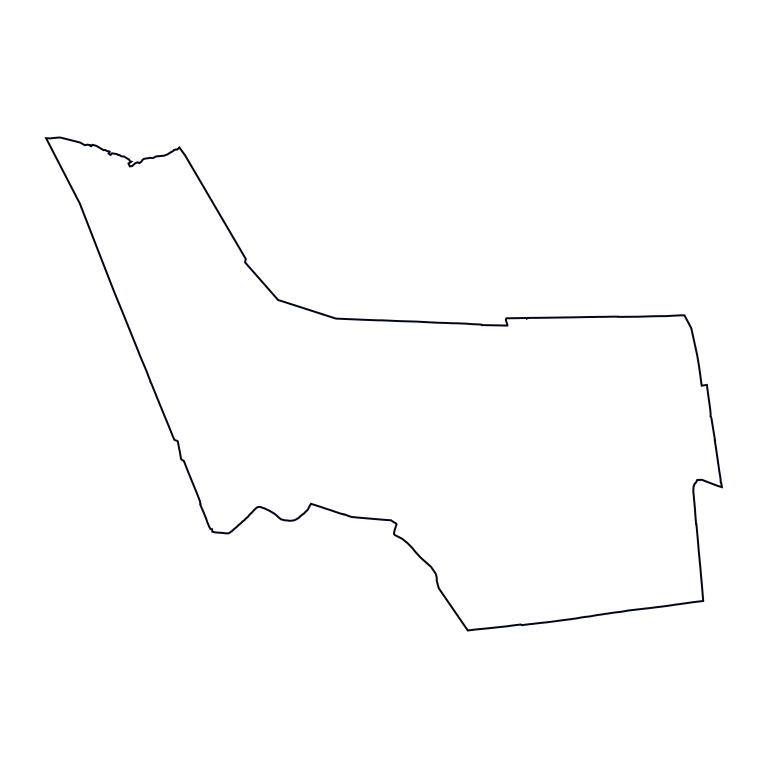 the district of General Escobedo, Nuevo León, Mexico
{"feature_id": "50627088B66612290562177", "entity_name": "General Escobedo", "entity_type": "district", "adm_level": 2, "iso_a3": "MEX", "parent_name": "Mexico", "parent_adm1": "Nuevo León", "projection": "mercator", "projection_center": [-100.353, 25.83], "detail": "fine", "context": "isolated", "style": "outline", "palette": "ink", "viewbox_px": 768, "rotation_deg": 0, "n_neighbors": 0, "source": "geoboundaries", "source_scale": "gbopen_adm2", "svg_char_len": 6003}
<svg xmlns="http://www.w3.org/2000/svg" viewBox="0 0 768 768"><path d="M46.1,138.2L79.8,203.5L114.5,292.7L122.3,311.6L139.5,354.3L139.7,355.0L142.0,360.5L144.2,365.6L146.7,371.6L150.5,381.6L150.4,381.8L150.5,382.2L150.7,382.6L150.9,382.7L151.5,383.9L160.5,406.1L161.0,407.2L165.7,418.8L168.8,426.2L173.0,436.7L174.3,439.7L174.5,439.8L174.7,440.0L177.1,440.9L177.5,441.1L177.7,441.4L177.9,441.8L179.2,448.9L179.8,451.5L180.8,457.6L181.1,458.9L181.4,459.4L182.0,459.9L183.6,460.8L183.9,461.1L184.1,461.5L186.8,468.5L189.9,476.2L197.3,494.3L200.0,501.4L200.0,502.0L200.6,504.0L200.2,504.3L200.6,505.4L201.6,507.7L203.6,512.4L205.5,517.1L206.9,520.8L207.3,522.2L209.5,527.4L209.9,527.9L210.6,529.1L212.1,529.2L212.4,531.8L214.3,532.1L215.1,532.4L215.4,532.4L216.4,532.5L216.9,532.5L219.3,532.7L221.3,532.8L224.7,533.2L225.2,533.3L226.6,533.3L227.1,533.4L228.1,533.3L229.0,533.2L229.5,532.9L230.2,532.3L230.6,532.0L231.0,531.7L231.4,531.4L231.8,531.2L232.6,530.6L232.9,530.2L233.3,529.9L233.6,529.5L234.0,529.2L234.3,528.9L235.1,528.3L235.5,528.0L235.8,527.7L236.2,527.4L236.6,527.1L237.6,526.0L238.3,525.3L240.2,523.8L241.1,523.0L241.4,522.7L241.7,522.4L242.0,522.2L242.3,521.8L242.6,521.4L243.0,521.1L243.8,520.6L244.2,520.3L244.6,519.9L244.9,519.6L245.2,519.2L246.3,518.2L247.0,517.6L247.4,517.3L247.8,517.0L248.1,516.6L248.7,515.8L249.3,515.0L249.6,514.7L250.7,513.7L252.1,512.3L252.8,511.6L253.4,510.8L254.1,510.1L254.4,509.8L255.1,509.1L255.5,508.8L255.8,508.4L256.2,508.1L256.6,507.8L257.0,507.5L257.8,507.1L258.3,507.0L259.3,506.9L260.6,507.0L261.0,507.1L261.4,507.4L261.8,507.5L262.6,507.8L263.5,508.2L264.5,508.4L265.0,508.5L265.4,508.8L265.8,509.1L266.6,509.5L267.5,509.8L268.8,510.5L269.3,510.7L270.1,511.1L270.5,511.4L273.1,512.9L273.5,513.1L274.3,513.7L275.1,514.3L275.5,514.5L276.2,515.2L276.6,515.5L277.0,515.8L277.3,516.1L277.6,516.5L278.0,516.9L279.5,518.1L280.3,518.7L280.6,519.0L281.0,519.3L282.4,519.7L283.4,519.9L283.9,520.1L284.3,520.2L284.8,520.3L285.3,520.3L286.8,520.4L288.2,520.6L289.7,520.8L290.1,520.7L291.1,520.8L291.6,520.7L292.5,520.5L293.5,520.4L294.0,520.3L294.5,520.2L295.8,519.6L296.2,519.3L297.1,518.8L297.9,518.3L298.3,518.1L298.9,517.7L299.8,516.8L300.4,516.1L300.8,515.8L301.2,515.5L303.2,514.0L303.6,513.8L304.7,512.8L305.7,511.7L306.0,511.4L306.8,510.7L307.7,509.7L308.0,509.3L308.9,507.5L309.4,506.6L309.9,505.4L310.0,505.3L310.5,504.8L311.0,503.8L321.0,507.0L324.3,508.2L326.3,508.8L331.8,510.6L336.1,512.1L338.1,512.7L338.8,513.0L340.7,513.6L343.5,514.4L343.5,514.2L345.8,514.8L345.8,515.0L346.9,515.3L348.1,515.8L348.4,515.9L350.3,516.6L350.6,516.7L351.7,516.9L352.1,517.0L353.0,517.1L355.8,517.4L382.6,519.7L391.1,520.3L393.7,522.2L395.3,522.9L396.0,523.5L396.6,524.3L394.8,529.6L394.1,532.5L394.0,534.0L394.9,535.1L396.3,535.8L401.9,538.6L407.5,543.1L412.2,547.9L415.9,552.5L421.1,558.1L431.0,566.8L435.7,573.7L436.7,577.4L436.8,581.1L438.8,588.3L467.8,630.5L475.6,629.5L484.3,628.7L508.0,626.2L508.4,626.1L509.6,625.9L515.0,625.2L520.8,624.5L521.1,624.8L521.4,625.0L521.8,625.1L522.1,625.1L531.1,624.0L531.9,624.0L533.3,623.8L539.1,623.1L545.0,622.5L545.3,622.5L575.0,618.6L578.1,618.1L581.6,617.4L583.9,617.1L585.7,616.8L588.7,616.6L589.8,616.4L591.2,616.2L593.1,615.8L595.5,615.4L597.5,615.0L600.8,614.6L605.8,613.8L607.7,613.6L612.6,612.8L614.9,612.5L621.7,611.7L625.2,611.1L628.4,610.5L645.0,608.6L651.3,607.9L658.2,607.0L661.7,606.6L664.9,606.2L668.5,605.7L672.1,605.2L675.6,604.6L683.3,603.6L684.8,603.4L692.2,602.3L698.0,601.6L703.2,601.0L703.2,600.6L703.1,599.7L702.3,589.8L701.8,584.0L701.8,583.7L701.4,579.8L701.4,579.5L700.9,574.3L700.9,573.9L700.4,568.1L700.2,565.7L700.1,565.3L699.4,557.5L698.8,551.5L697.8,539.5L696.4,524.2L696.1,524.2L695.3,514.3L694.9,508.3L693.3,491.1L693.3,490.7L693.3,490.2L693.4,489.9L693.5,487.0L694.0,485.5L694.3,484.5L695.3,483.0L696.0,482.5L696.2,482.2L697.3,479.9L698.9,480.0L699.3,480.0L699.7,479.9L700.3,479.8L700.9,479.9L701.3,479.9L701.8,479.9L702.4,480.0L703.4,480.4L703.7,480.5L704.4,480.8L705.5,481.2L706.5,481.6L707.1,481.8L710.7,483.2L713.3,484.2L714.6,484.7L715.9,485.2L717.7,485.9L721.9,487.1L721.7,485.7L721.4,484.3L721.1,482.9L721.2,482.7L721.0,482.3L720.8,482.1L720.6,481.9L720.7,481.6L720.7,480.9L720.5,478.6L720.1,475.9L719.4,471.9L719.2,470.5L718.8,467.8L718.5,465.1L718.2,463.7L717.2,456.2L717.0,455.0L716.4,450.8L715.4,444.3L715.2,443.0L715.0,441.6L714.8,440.2L715.0,440.2L711.4,418.1L710.9,416.7L710.5,416.3L710.6,415.3L710.7,414.8L710.2,409.1L709.3,402.6L708.9,399.8L708.4,396.3L706.9,384.9L701.7,385.7L699.2,367.3L697.2,355.3L691.4,328.7L690.3,326.3L684.4,315.3L681.1,315.3L676.9,315.5L673.4,315.7L666.3,316.1L665.6,316.1L655.4,316.2L638.7,316.7L618.1,316.9L618.1,316.7L617.8,316.7L611.2,316.7L601.6,316.9L596.8,316.9L592.2,317.0L589.9,317.0L575.1,317.3L542.4,317.8L530.2,317.9L527.6,318.0L526.8,318.6L526.5,318.0L506.4,318.3L506.1,318.8L506.0,319.3L505.9,320.0L506.0,320.5L507.4,324.9L507.4,325.5L507.1,325.6L506.7,325.6L499.5,325.4L483.1,325.1L482.5,325.2L481.9,325.1L481.5,325.0L481.4,324.7L481.2,324.7L480.2,324.5L471.4,324.1L465.1,323.6L456.9,323.3L450.4,323.2L447.7,323.0L436.7,322.7L416.5,321.6L398.8,321.1L381.4,320.3L377.5,320.3L366.6,319.9L336.0,318.6L278.1,300.0L249.2,267.1L248.8,266.7L245.2,262.5L245.1,262.1L245.8,259.0L185.3,155.7L179.4,147.5L177.2,149.6L176.0,149.4L174.7,150.0L173.8,150.1L173.5,150.8L170.3,152.6L167.1,154.6L165.7,155.0L164.5,155.6L162.5,155.8L161.3,156.0L157.2,156.3L155.6,156.6L153.1,158.1L149.9,157.8L148.6,158.2L147.1,158.3L145.3,158.6L143.7,159.0L142.5,160.0L141.3,161.7L139.4,163.1L137.7,162.3L135.3,163.2L132.2,166.0L129.8,166.4L128.5,163.5L131.3,161.7L129.9,161.2L129.1,159.6L125.4,157.4L124.3,156.6L121.4,156.3L119.7,155.1L118.0,154.9L116.9,154.1L112.0,153.3L110.6,154.9L108.6,153.5L109.7,151.9L109.4,151.5L107.3,151.1L105.1,150.0L103.5,150.1L96.6,146.0L92.7,144.8L91.3,146.2L90.5,146.0L90.7,145.2L87.5,144.7L86.3,144.9L84.9,145.2L80.0,142.5L61.4,137.8L59.9,137.5L55.6,137.8L50.3,138.4L46.1,138.2Z" fill="none" stroke="#020617" stroke-width="2"/></svg>